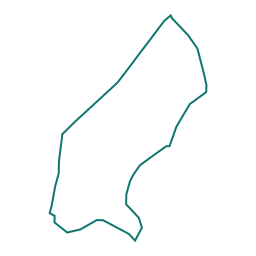 Zaqaziq 1, Ash Sharqiyah, Egypt (Albers equal-area conic projection)
{"feature_id": "37247803B90697971403179", "entity_name": "Zaqaziq 1", "entity_type": "district", "adm_level": 2, "iso_a3": "EGY", "parent_name": "Egypt", "parent_adm1": "Ash Sharqiyah", "projection": "albers", "projection_center": [31.514, 30.585], "detail": "fine", "context": "isolated", "style": "outline", "palette": "teal", "viewbox_px": 256, "rotation_deg": 0, "n_neighbors": 0, "source": "geoboundaries", "source_scale": "gbopen_adm2", "svg_char_len": 684}
<svg xmlns="http://www.w3.org/2000/svg" viewBox="0 0 256 256"><path d="M170.7,15.4L164.2,20.9L145.2,46.1L138.6,54.8L128.2,68.6L117.7,82.4L101.2,97.6L98.2,100.4L74.9,121.8L62.4,134.1L59.0,160.8L59.0,161.5L58.7,173.3L55.2,186.3L51.6,205.9L49.6,213.2L54.6,215.8L54.5,222.4L67.2,232.5L80.2,229.5L88.9,224.6L96.6,220.1L103.1,220.2L116.0,227.1L128.8,233.9L135.1,240.6L138.5,234.1L141.9,227.7L138.8,217.8L132.5,211.0L126.1,204.3L126.3,194.5L129.9,181.5L133.2,175.0L139.9,165.3L144.2,162.1L166.2,146.2L169.5,146.2L176.4,126.7L189.8,104.1L198.0,98.1L206.2,92.1L206.4,84.8L203.4,71.6L197.4,48.5L188.0,35.1L178.5,25.1L172.1,18.4L170.7,15.4Z" fill="none" stroke="#0f766e" stroke-width="2"/></svg>